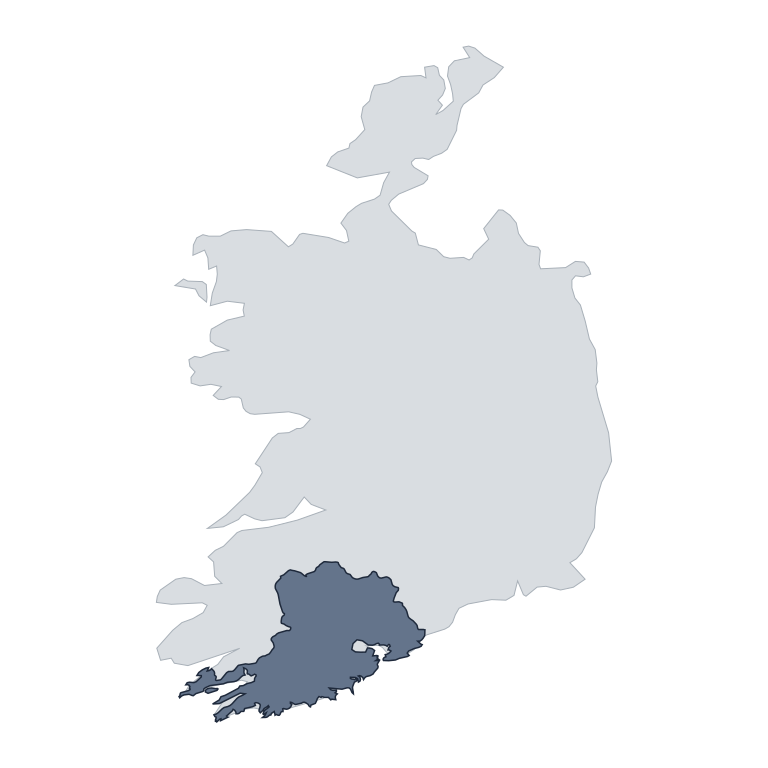 Cork on a map of Ireland (Albers equal-area conic projection)
{"feature_id": "IRL-78", "entity_name": "Cork", "entity_type": "County", "adm_level": 1, "iso_a3": "IRL", "parent_name": "Ireland", "parent_adm1": "", "projection": "albers", "projection_center": [-9.037, 51.912], "detail": "fine", "context": "in_parent", "style": "filled", "palette": "slate", "viewbox_px": 768, "rotation_deg": 0, "n_neighbors": 0, "source": "natural_earth", "source_scale": "10m", "svg_char_len": 9768}
<svg xmlns="http://www.w3.org/2000/svg" viewBox="0 0 768 768"><path d="M478.7,92.9L463.4,104.3L461.0,108.6L457.0,125.5L456.6,130.3L447.2,149.3L441.7,153.2L433.4,156.4L428.7,159.5L422.8,158.1L415.2,158.5L411.5,161.9L411.8,164.5L414.1,167.4L428.1,175.8L427.4,179.4L423.5,183.6L398.7,194.1L391.3,200.3L388.7,204.3L391.5,211.0L411.8,231.0L415.3,233.1L418.4,244.9L436.3,249.5L443.7,256.7L450.0,258.3L463.6,257.4L469.1,260.0L472.2,257.9L473.9,253.9L488.7,239.2L483.7,228.6L498.6,209.9L502.8,210.1L510.1,215.4L516.3,223.0L518.5,233.4L524.4,242.5L528.1,245.6L537.9,247.2L540.3,250.8L539.0,264.4L540.6,268.8L565.6,267.6L575.4,261.4L584.1,262.1L588.6,268.0L590.7,274.1L583.4,276.8L575.5,275.8L571.9,280.0L571.9,287.9L574.9,298.0L580.4,305.0L585.2,321.1L589.4,339.0L595.2,349.6L596.9,363.1L596.4,369.8L597.8,381.7L595.7,386.0L597.9,397.1L608.6,432.8L611.6,461.0L607.4,471.7L601.7,482.0L598.1,494.1L595.5,507.0L594.4,527.8L581.9,552.6L576.4,558.8L569.9,562.7L585.1,579.2L573.4,587.2L560.5,590.0L546.0,586.3L537.1,587.1L526.0,596.2L523.4,594.7L517.6,580.9L514.0,595.4L505.9,600.2L491.6,599.6L468.0,604.0L459.0,608.3L455.3,614.8L452.6,622.2L449.0,626.7L444.8,629.1L426.6,634.9L423.0,637.1L414.6,649.2L403.5,656.3L394.3,658.5L386.0,651.6L382.5,647.5L378.7,645.4L366.1,645.8L370.1,647.9L372.7,652.8L374.0,662.2L372.7,671.5L366.5,676.2L359.0,677.2L347.3,686.8L331.7,689.5L323.3,698.4L271.6,713.3L268.6,713.4L261.5,709.6L253.8,707.9L246.1,709.0L224.3,717.2L213.8,715.4L227.4,694.8L245.4,684.5L247.3,681.7L241.5,680.2L207.3,687.2L195.4,693.2L183.5,694.8L189.1,685.5L204.6,672.7L217.8,664.4L223.6,656.8L239.7,648.3L187.9,665.6L174.3,663.2L171.2,658.2L160.6,660.3L156.8,648.2L172.7,630.3L181.9,622.6L192.8,618.6L203.2,612.6L207.2,605.3L202.3,602.8L171.3,604.3L156.4,602.4L157.3,596.5L160.2,590.1L175.8,579.2L184.1,577.6L191.5,578.7L204.5,585.5L221.9,583.5L214.7,576.3L213.6,561.9L208.1,556.9L215.3,550.3L223.5,546.3L237.1,532.6L241.9,530.5L268.6,527.3L297.4,520.1L325.8,510.0L311.2,504.4L304.2,497.0L293.0,512.0L284.9,517.7L262.0,520.7L254.8,518.9L244.7,514.2L241.5,516.0L238.5,519.5L223.3,526.8L207.4,528.4L226.0,515.1L249.6,492.4L254.9,485.2L262.3,472.6L260.1,467.0L255.3,463.8L272.3,438.0L278.2,433.4L289.0,432.6L296.9,428.5L300.4,428.5L303.5,427.0L310.4,419.2L299.7,414.3L288.7,411.8L254.7,414.3L250.2,413.7L246.0,411.3L243.3,407.9L241.3,399.1L238.8,397.1L231.2,397.0L223.6,399.6L218.3,399.3L213.2,395.4L221.5,386.5L210.9,384.3L200.1,385.9L191.2,383.1L191.0,377.4L195.1,371.9L189.9,366.4L188.9,359.7L194.6,356.4L200.8,357.6L213.4,352.8L229.5,350.5L215.8,345.5L210.3,341.2L210.1,334.7L211.3,329.2L227.3,320.1L244.3,316.1L243.1,310.0L244.4,303.3L227.3,301.2L210.3,305.7L212.3,293.1L216.4,281.6L217.3,274.1L216.6,266.0L208.7,269.3L207.9,257.9L204.6,250.1L192.9,255.3L193.4,245.0L196.8,237.8L202.9,234.7L209.0,236.2L220.2,236.2L231.0,230.9L246.6,229.6L271.4,231.4L288.4,246.8L292.8,244.1L299.6,234.4L302.9,233.3L328.6,237.5L344.6,243.0L348.8,241.2L346.5,230.5L340.9,223.1L347.8,213.3L356.1,206.6L361.6,203.3L374.5,199.1L380.1,195.2L383.7,182.6L389.5,172.1L357.3,177.9L326.6,165.7L331.4,156.9L337.8,151.9L348.9,148.1L350.0,143.5L355.6,139.7L364.8,129.6L361.2,116.7L363.0,107.1L369.6,100.9L371.6,92.0L374.5,85.4L387.9,82.9L400.8,76.7L420.8,75.5L426.0,77.9L424.6,67.2L434.0,65.6L437.7,67.7L439.4,75.3L443.8,80.0L445.3,88.5L442.6,95.0L437.9,100.2L442.4,105.2L435.7,114.6L443.0,110.5L453.3,101.2L452.6,93.8L450.6,84.5L447.5,76.1L448.7,66.8L454.4,60.8L469.7,57.6L463.1,47.2L468.7,46.1L474.9,48.1L484.0,56.1L503.4,67.2L494.3,77.6L483.0,85.0L478.7,92.9ZM207.0,297.2L206.5,302.1L199.0,295.8L195.5,289.0L174.9,285.6L183.6,279.0L187.8,281.1L202.3,281.6L206.3,284.5L207.0,297.2Z" fill="#d9dde1" stroke="#a8b0b8" stroke-width="1"/><path d="M425.0,629.9L424.9,630.2L424.8,634.3L424.6,635.8L423.2,638.1L421.7,639.9L419.9,641.1L417.7,641.2L420.9,644.1L422.2,644.6L421.1,646.3L418.7,647.4L414.3,648.5L408.7,651.0L407.2,653.1L409.2,655.5L407.5,656.5L399.5,658.3L395.4,660.0L388.7,660.7L383.5,660.5L383.1,659.8L383.3,658.6L384.0,657.7L385.0,657.1L385.9,656.8L385.2,654.6L386.7,654.3L388.2,653.6L389.6,652.6L391.0,651.0L389.1,649.9L388.0,649.9L388.8,647.6L389.3,646.9L390.2,646.3L389.6,644.8L388.9,644.4L388.1,645.0L387.2,646.3L385.8,645.4L383.6,644.9L379.3,645.1L379.3,644.1L378.3,643.2L376.5,643.6L374.6,644.6L372.6,645.2L368.2,645.0L362.5,640.8L357.0,639.8L353.0,643.6L351.8,649.5L355.4,651.9L360.7,652.2L365.6,652.1L367.5,647.9L371.9,648.5L374.6,650.5L372.7,655.9L376.7,655.5L377.9,655.8L377.9,656.9L377.2,656.9L377.2,658.2L378.6,659.3L377.1,659.6L375.7,660.6L379.4,660.5L377.3,664.1L377.4,665.0L377.9,665.9L378.1,666.8L377.7,668.2L374.2,672.2L373.1,674.0L370.2,675.6L366.2,676.6L364.9,677.6L363.5,679.6L362.9,677.7L361.3,676.2L359.6,675.6L358.3,676.0L359.9,677.2L360.5,679.2L360.0,681.1L358.4,682.1L357.6,678.6L355.3,677.4L350.4,677.3L350.4,678.4L351.5,679.0L353.7,679.3L354.8,679.7L355.8,678.5L356.4,678.3L356.9,679.6L356.7,680.6L356.0,681.4L354.4,682.1L352.8,686.2L352.5,687.3L352.7,689.2L353.2,691.8L353.4,693.8L352.0,692.5L350.5,689.1L349.0,687.9L347.2,687.8L342.0,689.2L329.2,688.0L330.7,689.7L332.5,690.3L336.4,690.3L336.4,691.6L335.1,692.8L337.3,693.9L336.1,694.9L335.4,696.2L335.3,697.8L335.8,699.7L331.8,699.2L330.8,699.9L328.4,697.4L324.5,697.4L321.9,696.6L321.1,697.4L319.0,696.5L317.4,698.5L316.3,701.4L315.3,703.4L310.9,705.1L310.5,706.9L309.5,706.5L308.6,705.3L308.3,704.5L305.5,702.6L304.3,702.2L303.0,702.3L301.4,703.2L295.5,704.5L294.2,704.0L291.8,702.5L290.4,702.2L290.4,703.4L291.8,704.5L290.9,706.5L289.6,708.0L288.0,708.9L286.4,709.2L283.6,708.5L282.7,708.8L283.0,710.5L283.0,711.6L281.5,711.6L280.7,712.7L280.2,714.1L279.4,715.2L278.2,715.3L276.2,714.5L275.0,715.2L274.9,714.0L274.2,711.5L271.3,713.4L271.0,714.9L270.4,715.1L269.6,715.1L267.4,716.9L265.9,717.4L262.5,717.5L264.7,715.7L265.5,714.5L266.2,712.8L264.6,713.9L263.4,714.4L263.0,713.9L263.9,711.5L265.1,710.0L267.7,708.2L269.1,706.9L268.3,705.6L267.4,706.5L264.0,708.6L263.5,709.6L262.5,710.8L260.3,712.8L259.0,711.0L259.2,709.3L259.9,707.5L260.3,705.0L259.6,703.9L257.9,703.0L255.9,702.6L254.5,703.3L255.4,705.4L252.3,706.8L244.7,708.5L244.3,709.2L244.1,710.8L243.7,711.4L241.1,711.4L239.1,713.3L237.8,713.8L236.0,713.8L235.9,712.1L234.6,710.1L233.1,709.3L232.4,710.8L226.5,716.0L227.4,717.1L227.9,717.2L220.6,720.7L220.9,718.8L219.9,719.1L216.8,721.9L216.1,720.6L215.4,721.9L215.5,719.7L216.1,718.2L216.1,717.1L215.2,716.8L214.8,716.4L214.0,714.7L216.3,714.0L218.3,712.6L222.2,708.8L224.1,707.5L227.9,706.5L230.2,705.4L232.1,703.8L236.9,698.5L238.9,696.9L242.7,695.2L245.0,693.8L240.1,693.2L219.3,703.6L212.6,704.0L219.2,700.0L221.0,696.7L225.2,695.3L238.4,688.3L239.8,686.0L243.3,685.6L247.3,683.5L251.3,682.6L254.4,681.2L254.6,678.4L255.6,676.6L256.1,676.1L256.1,675.0L254.6,674.2L252.9,675.2L251.1,675.9L248.7,674.0L247.7,674.0L247.3,673.8L247.2,673.1L247.4,671.0L247.3,670.3L245.8,668.8L243.6,667.8L244.1,670.0L243.9,671.6L244.0,673.1L245.1,675.0L243.0,675.5L241.5,676.6L238.5,679.6L236.4,680.9L234.2,681.6L227.2,682.3L223.5,683.8L210.0,685.6L205.6,687.6L204.0,688.8L203.8,689.2L203.7,690.5L203.3,691.1L202.7,691.5L195.9,693.6L193.3,695.7L192.1,695.5L190.0,694.6L189.0,694.3L184.0,694.9L181.6,696.0L179.7,697.8L179.0,696.5L179.8,695.9L180.1,694.0L180.5,693.0L181.2,692.6L188.5,690.6L190.1,689.6L190.1,688.9L189.4,688.6L189.9,686.5L189.0,685.2L187.5,684.7L185.8,684.8L187.2,682.7L189.5,682.2L193.9,682.6L196.2,681.7L201.3,676.9L201.3,675.6L196.9,675.5L198.8,672.5L202.2,669.9L205.9,668.1L208.7,667.5L207.7,670.0L207.2,671.0L209.1,670.6L210.8,669.7L211.6,668.7L213.7,670.9L214.3,671.9L214.6,673.1L214.5,674.9L214.7,675.4L215.7,676.0L216.0,676.4L216.2,676.9L216.1,677.6L215.6,679.3L215.6,679.9L215.9,680.3L216.5,680.5L220.3,679.9L221.3,679.2L226.6,672.7L228.5,671.5L232.0,671.4L233.2,671.0L234.6,669.8L237.9,665.8L238.5,665.3L245.5,663.9L248.8,664.3L255.3,663.2L255.8,663.0L256.4,662.4L258.1,659.4L259.4,657.9L261.9,656.5L263.0,656.1L265.1,655.9L267.1,654.8L269.1,654.0L270.6,652.2L272.2,649.7L273.5,648.3L273.9,647.6L274.1,646.8L274.1,646.0L273.2,642.8L271.2,640.0L271.2,639.3L271.3,638.6L271.9,637.7L272.9,636.7L275.5,635.4L276.6,634.1L278.5,632.9L286.9,630.5L288.8,630.6L289.5,630.5L290.0,630.0L290.5,629.4L290.8,628.0L290.6,627.4L290.2,627.1L288.4,626.6L286.2,625.6L283.9,624.0L281.5,623.3L281.2,622.4L281.2,621.1L281.6,618.3L282.0,617.1L282.5,616.3L284.0,615.3L284.4,614.3L284.4,613.9L284.4,613.6L283.2,612.9L282.5,611.6L280.0,604.1L278.2,594.6L277.6,592.8L275.4,588.6L275.2,586.9L275.3,585.2L275.7,583.9L276.6,582.4L280.8,578.1L280.5,576.3L283.8,574.8L288.4,570.7L289.7,570.1L290.5,569.9L291.7,570.3L294.6,570.8L300.5,572.6L301.5,573.3L304.2,575.6L306.1,576.5L306.4,576.4L306.3,576.0L305.8,575.1L306.4,574.4L307.8,573.7L314.2,571.6L315.4,570.4L316.0,568.5L316.6,567.6L318.6,566.4L319.9,564.7L323.9,561.8L324.9,561.7L331.7,562.3L335.6,562.0L337.3,562.2L338.2,562.6L338.8,564.4L341.2,567.6L343.3,568.3L344.2,569.0L345.3,571.2L346.1,572.7L347.3,573.6L350.1,574.5L352.4,577.6L354.1,578.5L356.0,579.1L358.0,579.1L362.9,577.5L367.5,576.8L368.4,576.5L369.5,575.2L370.8,574.2L371.9,572.3L372.9,571.6L373.8,571.4L375.3,572.0L376.4,572.7L377.7,576.0L378.8,577.2L379.9,577.9L381.4,578.1L386.2,576.9L387.6,577.2L389.1,578.0L390.9,579.7L392.2,584.3L392.8,585.3L393.4,585.9L395.0,586.8L398.2,587.6L398.5,588.3L398.5,588.8L398.3,590.3L396.2,592.7L394.1,598.1L393.3,601.1L393.6,601.7L394.8,602.1L399.0,601.8L402.2,603.1L402.5,603.7L402.5,605.5L404.6,607.5L406.0,609.6L406.8,611.4L408.0,615.9L408.5,617.1L409.0,617.8L410.7,619.2L413.1,620.8L416.2,624.1L417.1,625.5L417.7,628.3L418.1,629.1L418.6,629.5L423.5,629.5L425.0,629.9ZM216.1,688.7L217.1,688.4L218.0,689.0L217.1,690.3L216.4,690.6L208.0,693.3L205.3,691.9L205.5,690.2L207.1,688.9L209.2,688.2L211.7,688.0L216.1,688.7Z" fill="#64748b" stroke="#1e293b" stroke-width="1.5"/></svg>